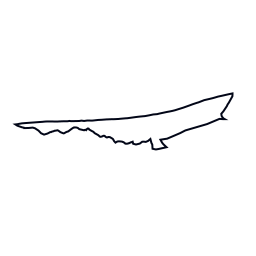 the district of Ibeju Lekki, Lagos, Nigeria, rotated 168°
{"feature_id": "59680162B89638160160445", "entity_name": "Ibeju Lekki", "entity_type": "district", "adm_level": 2, "iso_a3": "NGA", "parent_name": "Nigeria", "parent_adm1": "Lagos", "projection": "orthographic", "projection_center": [3.982, 6.458], "detail": "fine", "context": "isolated", "style": "outline", "palette": "ink", "viewbox_px": 256, "rotation_deg": 168, "n_neighbors": 0, "source": "geoboundaries", "source_scale": "gbopen_adm2", "svg_char_len": 2575}
<svg xmlns="http://www.w3.org/2000/svg" viewBox="0 0 256 256"><g transform="rotate(168 128 128)"><path d="M31.6,116.6L32.6,117.5L33.8,119.7L33.9,121.1L33.8,122.5L31.2,124.5L26.7,128.9L25.7,130.3L24.4,131.5L23.4,132.6L19.3,137.3L18.8,139.1L18.6,140.1L22.6,140.1L30.0,140.0L33.4,140.0L35.9,139.8L38.6,139.6L41.9,139.5L47.7,139.4L50.1,139.0L53.8,138.4L55.3,138.3L59.8,137.8L63.1,137.3L65.3,137.0L69.8,136.4L73.0,136.1L75.2,135.9L78.2,135.6L80.7,135.5L83.3,135.5L86.7,135.6L88.0,135.6L91.7,135.6L94.3,135.6L96.6,135.5L100.5,136.0L100.8,136.0L104.7,136.0L108.8,136.1L113.0,136.6L114.9,136.8L118.2,137.1L123.8,137.5L125.1,137.6L126.6,137.7L128.5,138.0L133.4,138.6L135.4,138.8L140.3,139.6L142.1,140.0L145.1,140.5L147.4,140.9L151.9,141.5L155.7,142.1L159.9,142.5L161.6,142.7L162.9,143.0L163.7,143.2L166.5,143.8L169.5,144.0L172.0,144.9L174.3,145.0L178.0,145.7L182.2,146.5L183.9,147.1L184.6,147.1L186.0,147.2L187.8,147.6L189.7,148.0L193.2,148.6L194.4,148.8L195.1,148.9L206.3,151.3L208.2,151.6L210.2,151.8L228.4,154.3L230.8,154.6L233.3,154.7L235.5,154.7L237.4,154.9L235.8,153.3L231.5,150.7L229.7,149.9L229.6,149.5L225.3,148.7L221.1,148.2L219.1,147.1L216.1,144.1L214.9,142.2L214.2,141.0L211.5,139.0L207.9,139.3L205.7,139.9L205.2,140.1L204.6,140.1L204.0,140.0L203.7,140.2L202.4,140.3L201.6,140.3L200.3,140.6L200.0,140.5L197.3,140.4L196.3,139.5L195.0,138.0L193.5,137.0L193.1,136.7L192.0,136.1L191.3,136.2L189.6,136.8L189.4,136.8L188.0,137.1L187.6,137.0L187.2,137.1L186.5,137.4L186.1,137.6L183.3,138.9L181.8,139.5L180.9,139.7L180.6,139.8L180.3,139.6L179.3,139.5L178.1,139.1L177.0,138.4L175.9,137.0L174.4,136.3L171.4,134.9L170.9,135.1L169.9,135.1L169.4,134.6L168.2,135.6L167.3,135.9L166.6,135.5L166.3,134.6L164.5,133.0L162.6,131.4L161.7,129.9L158.7,127.3L158.2,126.7L157.4,125.5L156.7,125.1L155.2,125.1L153.7,125.5L152.8,125.3L152.3,124.9L152.0,124.3L151.0,123.3L150.3,123.1L149.2,123.3L147.7,122.9L145.8,121.2L145.0,120.3L144.3,118.0L143.3,116.3L141.3,117.0L139.8,116.9L137.8,116.3L136.6,115.9L136.0,115.4L135.3,115.1L135.1,114.7L134.6,114.3L134.2,113.7L133.9,113.5L133.8,113.2L133.4,113.1L132.8,113.0L132.3,112.8L131.6,112.9L130.9,112.8L130.3,113.0L129.9,112.9L129.1,113.2L127.7,113.5L127.3,113.3L126.3,113.6L126.2,111.5L123.6,110.2L119.7,110.3L117.0,111.6L115.5,111.4L113.5,110.7L111.0,111.2L108.4,112.6L108.2,108.5L107.7,106.8L108.3,102.6L105.4,101.3L104.8,101.2L102.3,101.1L94.3,101.2L94.8,101.9L96.8,104.8L97.7,106.6L98.7,109.8L93.0,109.5L92.1,109.4L83.9,111.0L77.9,112.2L72.4,113.7L49.8,115.4L36.7,117.9L33.5,117.0L31.6,116.6Z" fill="none" stroke="#020617" stroke-width="2"/></g></svg>